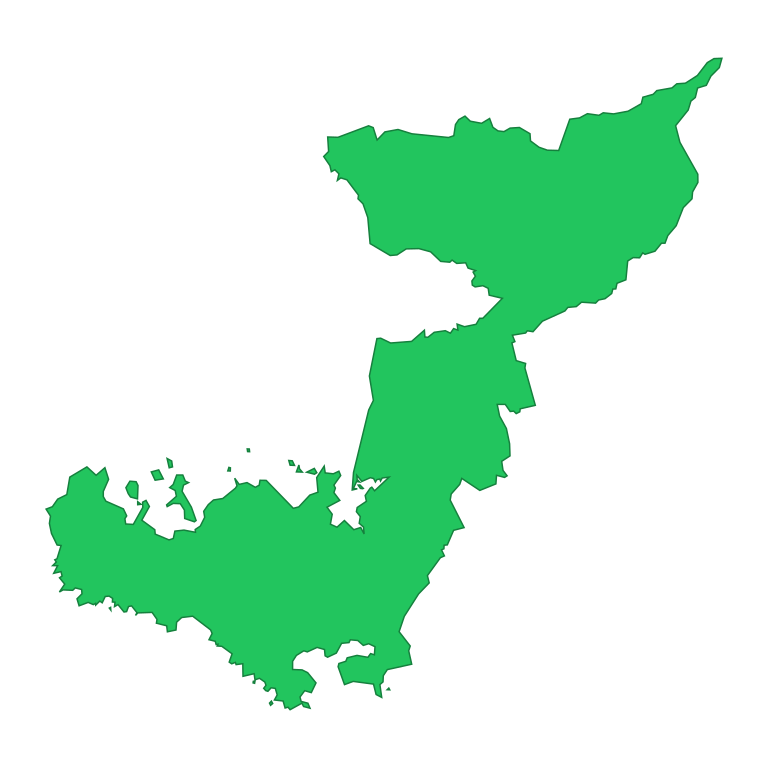 Lombok Barat, Nusa Tenggara Barat, Indonesia
{"feature_id": "22746128B38668827904245", "entity_name": "Lombok Barat", "entity_type": "district", "adm_level": 2, "iso_a3": "IDN", "parent_name": "Indonesia", "parent_adm1": "Nusa Tenggara Barat", "projection": "albers", "projection_center": [116.037, -8.666], "detail": "fine", "context": "isolated", "style": "filled", "palette": "green", "viewbox_px": 768, "rotation_deg": 0, "n_neighbors": 0, "source": "geoboundaries", "source_scale": "gbopen_adm2", "svg_char_len": 6098}
<svg xmlns="http://www.w3.org/2000/svg" viewBox="0 0 768 768"><path d="M376.9,338.6L369.4,376.0L373.4,400.4L368.7,410.0L353.5,472.5L352.2,490.0L357.3,488.8L353.4,488.5L357.2,480.1L356.9,475.4L361.9,481.4L370.3,477.7L373.6,478.5L375.4,482.0L376.9,479.6L379.8,479.0L380.5,481.0L382.2,478.0L389.1,477.1L374.6,490.8L371.8,487.2L370.3,488.1L365.2,495.5L366.4,501.3L357.2,507.5L356.4,511.7L360.3,516.6L359.2,523.3L363.5,527.0L364.1,534.0L360.7,527.5L353.8,529.7L344.4,520.5L337.0,527.2L330.4,524.2L332.2,514.2L327.0,507.2L339.8,500.4L333.9,492.6L335.4,488.1L333.9,485.1L340.7,475.5L338.9,471.2L333.3,473.8L325.2,472.9L324.2,466.1L316.7,477.6L318.0,492.2L309.8,495.1L298.8,506.9L293.3,508.3L266.2,480.4L260.0,480.3L259.2,485.2L255.3,487.3L247.0,482.6L239.2,484.4L234.7,478.2L237.0,485.8L235.4,488.2L222.8,498.5L213.5,500.0L208.3,504.6L203.7,511.3L204.7,517.3L200.3,526.1L195.2,529.5L195.5,532.3L184.0,530.1L174.9,531.1L173.3,538.5L169.0,539.9L155.2,534.1L154.8,529.7L141.8,520.2L149.4,506.5L146.0,500.4L142.6,502.2L142.8,507.4L133.3,524.4L125.7,524.0L124.9,518.7L126.7,515.9L123.4,508.9L105.9,501.2L103.3,496.6L103.3,491.4L108.6,479.3L104.9,467.7L96.1,475.3L86.9,466.9L69.8,477.1L66.8,494.6L57.7,499.1L52.4,506.7L46.1,509.1L50.5,516.1L49.4,523.4L51.5,533.5L57.1,545.0L61.1,545.5L57.0,558.8L54.8,559.8L56.3,562.0L52.7,565.6L57.6,565.7L53.7,573.3L61.0,571.6L62.1,576.0L59.5,577.8L64.7,584.1L59.4,592.0L63.1,589.9L72.7,590.3L75.3,587.9L81.6,589.5L82.0,593.8L77.0,598.8L79.1,605.8L88.2,602.4L93.3,604.6L95.5,603.4L95.7,605.1L99.8,601.1L102.2,602.8L105.2,596.5L109.1,596.1L112.6,598.4L112.4,602.0L115.0,602.2L114.5,606.6L118.0,604.6L124.0,612.0L126.6,611.6L128.5,606.5L131.6,605.9L137.0,612.7L135.5,615.4L137.8,612.9L152.1,612.4L157.0,619.4L156.4,623.2L166.7,625.8L167.4,631.8L176.0,630.0L176.6,622.2L181.7,617.5L192.7,616.2L210.6,629.9L212.1,633.5L209.0,639.7L215.3,641.3L216.1,644.5L218.0,644.2L217.2,646.0L221.8,646.3L232.1,653.8L229.2,662.1L231.7,663.8L235.4,662.4L236.1,664.6L242.8,663.7L243.0,676.3L254.1,673.7L255.0,679.8L259.5,678.3L264.8,682.0L266.0,685.3L263.7,688.3L265.7,690.6L267.9,691.3L271.1,687.8L275.3,688.4L277.2,694.9L274.4,700.0L283.1,701.0L285.1,708.0L288.0,707.2L290.1,709.7L301.9,703.2L303.6,706.5L310.0,708.2L307.9,703.2L301.1,701.4L300.0,697.0L304.7,690.7L311.3,692.6L316.0,682.9L307.7,672.7L302.1,669.9L292.6,669.5L292.6,661.3L296.4,655.4L303.8,650.8L307.3,651.9L317.1,647.4L324.5,649.5L325.1,655.8L327.6,657.2L336.3,653.1L341.6,643.3L349.0,642.6L350.3,639.8L357.8,640.5L363.3,645.4L368.7,643.7L375.0,646.7L374.4,654.8L370.6,653.6L367.9,657.3L357.0,655.4L347.2,657.8L345.8,661.3L338.9,663.5L338.1,666.7L344.5,684.6L353.2,681.4L373.5,684.1L376.1,694.5L381.7,697.4L379.9,684.6L383.0,681.9L383.3,675.7L387.3,669.6L411.7,664.2L408.7,650.8L410.2,646.0L399.1,631.7L404.3,616.3L418.6,593.9L429.2,582.9L427.4,575.6L440.4,557.7L444.4,555.9L441.5,549.8L443.9,548.8L444.1,545.2L447.3,544.9L453.6,530.3L464.1,527.6L450.2,500.1L451.2,494.0L459.7,484.4L461.8,478.4L479.8,490.4L495.9,483.9L496.5,475.3L504.6,477.4L507.1,475.8L503.0,470.4L501.7,461.3L510.0,455.9L509.6,443.8L506.4,428.5L499.6,416.1L497.2,404.4L505.3,404.4L510.2,411.5L513.7,411.1L516.2,413.6L519.8,411.8L520.2,408.8L535.3,405.3L524.9,368.0L525.6,363.5L516.2,360.6L511.9,342.9L514.9,341.6L512.4,335.2L525.6,333.0L527.3,330.8L533.0,331.7L542.4,321.2L565.0,310.9L567.8,307.4L576.3,306.6L581.5,302.2L595.6,303.1L598.6,300.0L605.0,298.7L611.7,293.5L612.8,289.1L615.8,288.9L617.0,283.3L625.9,279.8L627.7,261.0L633.1,257.6L639.6,257.8L642.7,252.9L645.0,254.3L655.0,251.2L661.5,243.2L665.0,243.2L667.8,235.6L676.2,225.7L683.3,207.6L692.0,198.8L692.6,191.9L697.9,182.4L697.8,174.2L679.9,142.3L675.6,125.7L688.2,110.0L690.9,101.1L695.3,97.5L697.6,88.0L706.3,85.3L710.9,76.1L719.3,67.6L721.9,58.3L714.0,58.6L707.3,62.6L697.4,75.5L685.4,83.2L676.8,83.8L672.0,87.9L656.8,90.6L653.2,94.3L642.9,97.2L641.3,103.7L628.1,111.2L613.6,113.9L603.2,112.8L599.0,115.3L587.4,113.7L579.6,117.9L569.8,119.2L558.7,150.5L547.4,150.2L538.9,147.2L530.5,140.9L530.0,133.7L519.4,127.5L510.1,128.1L504.0,131.6L498.0,130.9L492.9,127.3L489.6,118.5L481.6,123.3L470.3,121.2L465.0,116.1L458.8,119.6L455.5,124.5L453.8,135.7L448.5,137.5L411.9,133.8L398.0,129.5L384.9,131.9L377.1,140.0L373.2,127.6L368.6,125.8L338.0,137.3L327.7,137.0L328.6,151.5L323.7,156.5L329.9,165.6L331.3,171.7L334.9,169.8L338.9,173.8L337.4,180.4L340.8,177.9L346.9,179.8L358.5,195.2L358.0,198.8L363.0,203.8L367.8,217.6L370.1,243.6L390.2,255.5L397.0,254.9L406.2,248.9L418.9,248.6L430.6,251.8L440.7,261.4L449.8,262.2L452.1,260.1L456.7,263.4L465.7,262.8L468.1,268.1L475.6,270.6L473.1,272.1L475.4,276.2L471.9,281.0L472.3,285.1L475.1,286.9L482.9,285.7L488.2,288.3L489.2,295.2L502.4,298.3L482.8,318.3L479.6,318.3L476.1,324.3L464.5,326.7L457.1,324.1L457.9,330.1L453.6,328.6L450.4,333.2L445.3,330.7L434.2,332.3L427.9,337.3L424.9,337.0L424.4,330.2L411.6,341.4L390.6,343.0L380.7,338.2L376.9,338.6ZM188.6,482.6L185.3,481.1L182.8,475.0L176.7,475.0L173.2,484.5L169.7,487.6L175.2,490.5L176.4,496.3L166.6,504.9L167.2,506.6L173.2,503.4L180.3,503.7L184.4,510.0L184.7,518.5L194.4,521.8L196.1,520.5L191.4,507.2L182.1,491.3L183.5,485.1L188.6,482.6ZM137.5,498.9L138.0,485.5L136.1,481.7L129.9,481.2L125.9,487.7L128.2,493.6L130.5,497.0L137.5,498.9ZM163.3,478.9L158.7,469.9L151.3,471.9L155.1,480.2L163.3,478.9ZM314.5,474.2L316.8,472.7L314.3,468.4L306.7,472.2L314.5,474.2ZM172.5,466.9L171.7,461.0L167.1,458.5L169.2,467.8L172.5,466.9ZM302.3,472.1L299.5,468.8L298.9,465.0L296.4,471.9L302.3,472.1ZM294.5,465.4L292.3,460.8L288.8,460.5L290.1,465.2L294.5,465.4ZM363.3,488.4L360.0,485.0L358.1,485.1L360.4,488.4L362.6,488.7L363.3,488.4ZM230.3,471.0L230.4,467.8L228.9,467.4L227.8,470.9L230.3,471.0ZM271.4,701.1L269.5,703.1L270.6,705.3L272.7,703.5L271.4,701.1ZM137.7,504.7L141.0,504.3L137.7,501.7L137.7,504.7ZM249.6,451.7L249.3,449.0L247.2,448.9L247.6,451.6L249.6,451.7ZM357.0,481.6L359.7,482.0L358.0,480.3L357.0,481.6ZM388.8,688.1L387.2,689.7L389.7,689.8L388.8,688.1ZM255.0,681.0L253.3,681.3L253.1,682.9L254.6,683.3L255.0,681.0ZM110.8,610.1L110.6,607.4L109.3,608.1L110.8,610.1Z" fill="#22c55e" stroke="#15803d" stroke-width="1.5"/></svg>